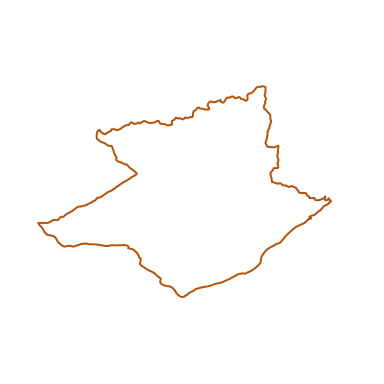 Lourdes, Norte de Santander, Colombia (orthographic projection), rotated 41°
{"feature_id": "7082276B15228121162034", "entity_name": "Lourdes", "entity_type": "district", "adm_level": 2, "iso_a3": "COL", "parent_name": "Colombia", "parent_adm1": "Norte de Santander", "projection": "orthographic", "projection_center": [-72.851, 7.965], "detail": "fine", "context": "isolated", "style": "outline", "palette": "amber", "viewbox_px": 384, "rotation_deg": 41, "n_neighbors": 0, "source": "geoboundaries", "source_scale": "gbopen_adm2", "svg_char_len": 6063}
<svg xmlns="http://www.w3.org/2000/svg" viewBox="0 0 384 384"><g transform="rotate(41 192 192)"><path d="M303.1,107.9L302.4,107.5L300.8,107.8L299.9,107.1L299.5,107.1L299.4,107.2L299.3,107.5L299.4,109.0L298.9,110.0L298.0,110.6L297.4,110.6L297.1,110.4L296.5,109.5L296.1,108.5L295.9,108.2L295.5,108.1L295.5,109.8L295.2,111.4L294.1,112.9L293.6,114.3L292.7,115.5L291.7,116.1L290.5,117.1L289.7,117.0L288.4,116.4L287.9,116.5L286.7,117.8L286.1,118.1L284.8,119.4L284.5,119.4L283.1,118.7L280.9,119.0L280.5,118.9L279.4,118.2L278.8,118.3L278.0,118.6L275.9,120.3L274.8,121.4L273.6,122.0L272.7,122.1L271.5,121.3L269.4,121.3L268.2,120.7L267.6,120.6L267.3,120.7L265.7,121.5L264.1,121.7L263.6,121.9L263.1,122.4L262.1,124.3L261.7,124.7L258.8,125.5L257.8,126.1L256.7,126.9L255.8,127.4L253.8,127.3L253.2,127.5L252.4,128.1L251.3,129.3L250.4,130.0L249.9,130.3L248.0,130.8L245.8,131.9L242.0,128.7L240.0,127.5L239.3,126.8L238.6,125.6L238.7,123.1L238.5,121.6L238.0,120.5L239.8,118.7L240.7,118.0L240.9,117.8L240.9,116.8L239.6,115.6L237.7,114.3L237.3,113.8L237.0,112.3L236.1,110.9L235.5,110.5L234.0,109.9L233.0,109.1L232.0,107.9L231.1,106.0L229.3,103.9L228.6,102.6L226.8,100.5L225.0,103.7L223.8,105.2L219.1,108.4L215.3,106.9L214.1,104.1L212.1,100.2L209.3,96.6L208.8,94.7L208.5,93.2L207.0,90.7L205.8,87.5L204.8,86.2L203.9,85.9L203.2,85.3L201.7,83.9L201.0,82.9L200.2,82.4L199.7,82.2L195.7,82.0L194.3,81.6L191.7,81.7L191.2,81.4L190.1,80.3L189.5,79.0L188.9,77.0L188.7,76.5L188.3,76.2L187.6,75.5L187.4,74.1L186.8,73.2L185.1,72.2L184.0,71.8L183.3,71.1L182.6,70.3L182.4,69.4L181.7,68.2L178.8,64.7L176.5,65.4L175.6,65.9L174.6,67.9L173.5,68.6L172.6,69.7L172.2,71.1L172.3,75.3L172.1,77.4L171.7,78.6L170.7,80.2L170.1,81.5L170.4,82.8L171.1,83.6L172.5,84.8L173.3,85.9L173.3,86.8L173.1,87.3L172.6,87.8L172.1,88.0L170.4,88.1L168.2,89.5L166.2,89.2L165.5,89.3L165.0,89.9L163.5,92.5L162.7,93.0L162.1,93.0L160.6,92.8L159.9,93.2L159.3,94.0L158.7,96.1L157.6,96.6L157.2,97.0L156.5,98.4L156.5,99.5L157.1,102.0L157.1,103.9L156.1,104.6L154.8,104.9L154.2,104.7L153.7,104.1L152.9,104.2L150.8,108.4L150.3,109.3L149.4,110.1L147.1,111.2L146.3,112.1L146.1,112.7L146.0,113.5L146.1,114.4L146.3,115.2L147.2,116.4L147.8,116.8L150.0,117.6L150.2,117.8L150.5,118.4L150.5,118.8L150.1,119.4L149.8,119.7L149.1,119.9L148.2,120.8L147.3,121.5L145.3,122.3L142.8,123.9L141.8,123.8L141.2,124.2L141.0,125.4L141.1,127.5L140.9,128.3L140.4,129.7L140.4,130.6L141.2,132.2L142.0,133.0L142.9,134.3L143.0,134.7L142.9,135.3L141.4,136.8L140.2,139.0L138.2,140.1L138.0,140.3L138.0,141.5L137.7,142.8L137.4,143.2L135.3,144.1L134.3,144.4L133.9,144.7L133.3,145.7L131.4,146.3L131.1,147.0L131.1,149.3L130.4,151.3L130.6,152.0L131.0,152.6L131.8,153.5L132.5,153.9L132.5,154.5L130.2,157.6L129.4,158.0L127.4,158.4L124.0,160.7L123.2,161.1L122.5,161.1L121.0,160.4L120.1,160.3L119.7,160.5L118.9,161.6L118.3,163.4L117.6,164.7L114.8,167.8L113.0,168.6L110.4,169.3L109.9,169.5L109.1,170.2L107.5,174.3L107.2,174.7L105.9,174.8L105.6,175.5L105.4,176.5L104.8,177.4L103.9,178.2L103.4,178.6L100.9,179.1L100.2,179.8L100.1,180.4L100.2,183.1L99.9,183.5L99.4,183.7L98.9,184.2L98.4,185.1L97.1,188.1L96.7,190.9L95.8,193.1L94.8,194.6L91.9,195.8L90.8,196.7L90.2,197.4L90.2,197.8L90.5,198.5L90.6,199.5L89.8,201.0L88.5,205.4L87.9,205.9L86.7,206.2L83.4,206.5L82.8,206.3L82.0,205.8L81.5,205.7L81.4,205.8L80.9,207.6L81.0,208.7L83.0,212.1L85.3,214.2L89.9,214.0L94.0,212.5L95.0,212.3L97.3,212.3L99.3,211.5L100.5,210.4L100.9,210.2L101.8,210.2L102.2,210.3L104.0,211.6L105.9,212.4L108.0,213.9L112.1,215.4L112.6,215.8L113.3,217.0L114.2,217.5L115.8,217.5L116.4,217.4L120.0,215.9L123.2,215.1L124.2,214.3L124.7,214.1L126.5,214.2L128.5,214.6L133.7,214.1L138.0,214.2L138.2,214.3L138.4,215.5L138.0,217.1L137.2,218.9L135.1,226.8L134.1,228.9L133.2,232.0L131.1,240.6L130.6,242.3L130.7,242.7L129.6,245.3L128.6,247.2L127.1,253.2L126.5,255.8L126.0,256.7L125.0,257.7L124.4,258.7L124.4,262.0L123.5,263.5L123.1,265.7L121.5,269.0L121.2,269.9L121.2,270.5L119.7,273.0L119.0,273.7L117.6,276.0L115.9,277.5L115.4,278.6L114.7,281.6L114.3,284.0L113.5,286.8L111.8,290.8L111.2,295.1L110.9,295.5L109.8,296.3L109.3,297.1L109.1,298.3L109.2,301.1L108.7,301.6L106.9,303.1L105.7,304.3L105.1,305.7L104.7,307.5L103.5,309.7L102.7,310.7L100.7,312.2L99.4,313.8L97.4,315.0L96.5,316.2L98.1,316.9L101.8,317.3L103.5,317.7L106.1,318.7L108.6,319.2L110.4,319.3L111.5,319.0L114.3,317.2L116.9,316.1L118.3,316.0L119.4,316.2L120.9,316.6L123.4,317.6L124.7,317.8L129.1,317.7L130.4,317.4L131.8,316.7L133.3,314.6L134.4,313.4L135.3,312.7L136.5,311.9L137.9,311.3L138.5,310.9L139.1,309.6L141.0,306.7L142.3,304.2L144.8,301.3L146.7,299.9L148.6,298.9L153.8,294.6L162.6,289.2L163.8,288.1L165.5,285.8L167.2,284.1L168.7,283.0L173.2,278.8L176.0,276.3L177.3,275.5L178.4,275.0L179.1,274.8L179.9,275.0L180.3,275.3L180.8,276.1L181.2,275.8L183.1,275.1L184.4,274.4L185.3,274.0L186.5,273.8L189.2,274.1L190.1,273.9L193.5,275.0L194.4,275.8L195.7,275.9L196.4,275.7L197.0,276.0L198.4,277.7L199.3,279.5L200.0,280.5L201.3,280.8L209.6,279.8L214.6,278.4L216.9,278.0L221.6,278.1L223.6,277.8L225.0,278.0L225.5,278.2L226.8,280.6L227.8,281.3L228.6,281.5L230.9,281.2L233.4,280.2L234.9,279.3L236.8,278.0L239.1,277.3L241.5,277.2L244.1,277.7L246.6,278.6L249.7,278.8L251.8,278.5L253.7,277.6L254.9,275.7L255.3,273.8L256.0,271.9L256.1,270.2L256.4,268.9L257.7,266.4L258.1,265.1L258.5,262.7L262.5,256.8L264.4,254.7L267.8,250.0L269.5,246.6L272.9,242.0L274.3,239.8L275.4,237.0L277.1,233.7L280.8,223.7L283.4,220.3L284.9,219.4L285.9,218.3L286.3,217.1L288.3,213.0L288.8,211.3L289.8,206.9L290.1,204.2L290.2,201.3L290.0,200.2L289.1,198.8L288.2,197.7L287.4,196.2L286.8,194.4L286.3,191.9L286.3,186.6L286.6,184.9L287.4,182.4L288.9,178.9L289.0,178.0L289.5,176.6L291.4,173.3L291.8,171.6L291.9,170.6L291.6,163.0L292.3,156.9L293.2,150.5L296.1,143.9L296.8,142.8L297.4,140.5L297.6,139.0L297.7,136.0L299.1,134.3L299.1,133.9L298.9,133.6L298.6,133.5L297.4,134.2L297.1,133.9L297.1,133.2L297.5,132.1L299.5,128.8L299.9,126.3L299.9,125.0L300.3,123.1L300.6,122.4L300.8,121.6L300.9,119.6L300.7,116.4L302.5,112.3L302.7,110.9L302.5,110.3L303.1,107.9Z" fill="none" stroke="#b45309" stroke-width="2"/></g></svg>